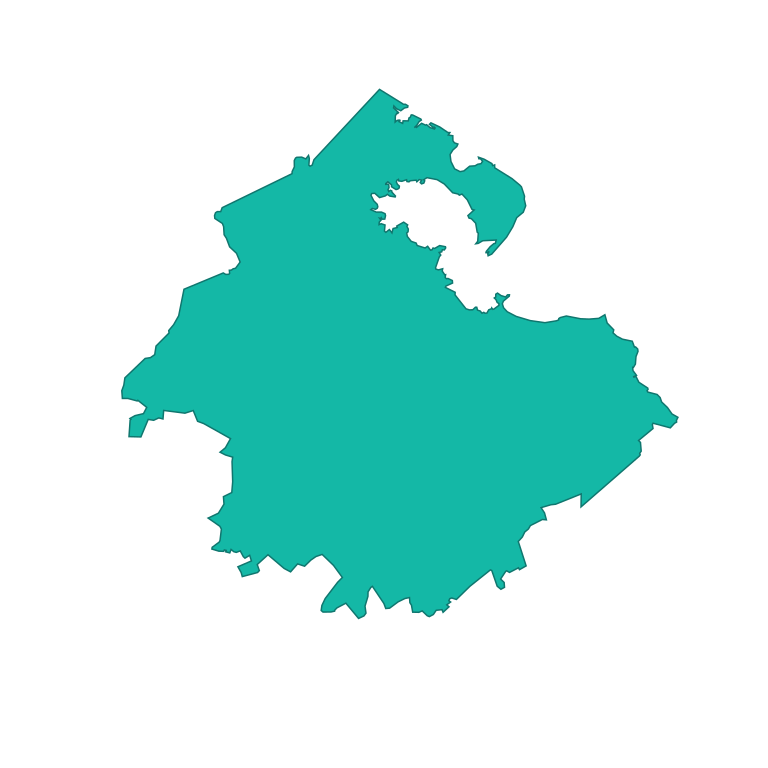 outline of San Antero, Córdoba, Colombia, rotated 43°
{"feature_id": "7082276B13648445071260", "entity_name": "San Antero", "entity_type": "district", "adm_level": 2, "iso_a3": "COL", "parent_name": "Colombia", "parent_adm1": "Córdoba", "projection": "natural_earth1", "projection_center": [-75.777, 9.358], "detail": "fine", "context": "isolated", "style": "filled", "palette": "teal", "viewbox_px": 768, "rotation_deg": 43, "n_neighbors": 0, "source": "geoboundaries", "source_scale": "gbopen_adm2", "svg_char_len": 6170}
<svg xmlns="http://www.w3.org/2000/svg" viewBox="0 0 768 768"><g transform="rotate(43 384 384)"><path d="M411.7,621.5L420.1,608.1L420.1,605.5L414.4,602.5L415.6,588.0L436.8,587.0L443.8,585.1L443.5,574.5L450.2,571.4L450.6,562.7L451.9,556.6L455.0,550.8L470.8,551.1L485.5,553.9L485.3,560.6L487.3,581.0L489.6,588.3L492.5,592.5L494.9,592.4L500.7,586.9L502.8,583.8L502.2,582.8L502.3,579.7L505.6,570.3L525.3,572.8L527.5,567.3L527.1,563.9L521.6,559.4L517.1,550.3L514.1,546.9L513.1,541.8L513.5,539.9L533.6,544.6L538.4,547.0L541.0,544.1L542.9,533.7L545.6,526.6L548.3,522.8L552.1,526.3L554.9,527.0L560.6,531.3L565.2,527.2L566.7,523.9L573.7,524.0L575.8,523.2L577.3,518.9L576.5,513.9L580.3,509.5L582.9,510.7L583.5,502.6L580.5,502.7L581.4,498.0L579.2,498.3L578.5,496.1L579.5,494.3L583.9,492.2L584.8,473.2L588.6,447.4L590.0,446.9L604.7,454.7L609.5,454.4L610.8,450.5L607.2,447.2L602.3,447.1L600.8,438.1L601.1,437.0L604.3,436.2L607.7,426.7L609.7,427.4L612.0,420.1L589.6,407.6L589.5,401.5L587.9,396.3L588.5,391.5L587.6,387.7L592.2,375.1L595.4,372.6L589.3,368.8L583.2,367.3L588.4,358.5L591.5,354.9L603.2,329.9L611.9,339.5L619.9,262.7L619.7,261.1L618.3,260.4L617.9,257.7L611.4,251.8L608.7,251.7L611.1,233.1L607.9,230.6L607.5,229.2L623.3,220.8L623.3,214.5L624.0,212.3L622.7,211.2L621.7,207.9L615.1,209.5L607.4,207.9L599.3,207.8L595.2,205.6L590.9,205.4L582.4,210.0L580.9,209.5L580.8,207.9L579.7,207.1L569.2,208.9L563.0,206.6L562.1,208.5L561.6,208.3L562.8,205.5L556.9,204.4L554.5,202.2L555.1,201.7L554.3,198.0L549.6,192.1L547.5,186.9L545.7,185.4L542.7,185.3L542.0,186.2L536.4,183.4L527.8,188.6L521.6,190.3L516.6,190.4L515.1,187.7L505.6,187.2L498.3,182.7L496.3,189.5L489.7,196.7L483.3,202.2L471.0,209.9L467.6,215.2L467.2,216.9L468.0,218.0L467.0,220.2L459.9,229.4L447.7,237.9L434.6,244.4L424.9,247.1L419.5,246.7L415.8,244.6L414.8,241.9L415.7,234.3L414.9,233.2L413.5,234.6L413.6,237.4L409.3,239.5L405.0,240.1L404.5,242.1L406.4,244.2L406.0,245.9L408.3,245.9L411.2,247.2L413.1,246.8L414.4,248.1L413.3,254.1L412.7,255.2L410.9,254.9L411.3,255.6L410.0,258.3L410.9,262.0L409.4,263.5L408.1,263.5L407.4,265.4L404.6,265.0L402.0,266.2L399.5,264.6L398.5,265.5L398.3,269.2L396.0,271.5L392.7,273.1L375.2,270.4L373.5,268.4L363.0,271.5L362.5,270.1L365.3,263.4L363.4,261.7L358.8,263.2L357.9,264.4L356.1,264.4L354.5,262.0L354.0,262.7L349.6,261.7L348.3,259.7L346.0,263.4L343.5,264.6L342.4,263.8L337.7,253.2L337.6,251.0L334.6,250.2L336.1,248.0L335.1,246.0L336.7,244.8L336.3,242.4L335.3,241.7L330.3,244.8L328.6,250.3L327.1,251.1L327.6,253.1L326.7,254.4L322.0,253.5L321.3,256.5L313.8,260.1L311.4,259.0L306.6,261.1L300.5,260.2L297.6,258.1L297.8,256.3L296.1,254.1L293.2,253.1L292.8,251.5L288.0,252.2L285.6,259.8L287.0,260.5L284.6,264.1L286.8,268.1L282.6,267.4L281.9,271.8L280.1,271.9L276.3,267.0L272.6,268.7L271.7,270.8L270.1,268.8L270.1,266.3L267.7,265.8L268.6,265.3L268.5,264.2L270.2,264.8L272.1,262.9L270.3,259.8L268.6,258.7L264.9,260.0L261.2,263.5L255.5,265.5L255.7,263.6L258.7,262.0L259.2,260.0L258.6,258.6L256.5,257.2L251.6,257.0L245.8,254.9L245.1,253.1L247.2,250.8L253.6,250.7L256.7,245.5L257.1,243.0L260.1,242.6L264.6,239.6L264.2,238.7L259.0,238.3L258.0,237.5L256.5,238.0L256.3,240.0L254.4,239.2L253.7,236.9L251.6,235.1L250.7,235.1L249.1,236.8L248.6,236.2L248.9,233.5L253.6,233.2L255.0,234.6L260.2,233.6L261.2,231.9L261.4,230.3L260.3,228.8L257.6,228.8L255.2,227.8L254.5,226.0L255.0,224.5L256.3,225.4L258.8,223.6L261.2,219.2L262.7,220.3L264.4,219.1L264.6,217.4L268.5,213.0L270.1,213.7L270.3,210.5L272.5,209.2L273.1,212.0L275.0,212.0L276.1,209.9L275.2,207.6L273.7,207.5L274.7,203.8L283.5,198.3L291.7,196.6L303.8,197.3L308.5,194.6L310.3,194.5L311.5,191.9L319.3,192.5L329.3,196.3L331.2,195.3L330.5,203.6L333.0,204.7L335.2,203.5L341.4,203.9L348.6,209.4L350.1,209.4L355.2,215.7L355.5,218.8L357.0,216.9L358.5,211.9L367.9,202.2L369.5,205.2L368.6,206.5L368.0,211.2L368.4,217.3L369.0,218.4L369.9,217.7L370.5,215.3L371.2,218.1L372.7,219.2L374.2,215.5L373.5,193.1L371.0,181.2L367.6,171.8L368.7,163.4L366.1,157.0L360.5,153.2L358.7,150.8L350.1,146.1L347.9,145.9L337.5,146.5L317.5,150.4L315.5,148.3L314.5,150.2L312.6,149.2L303.9,151.3L298.4,153.7L299.8,154.6L301.0,153.5L304.2,153.9L304.7,156.7L302.7,159.3L301.8,162.3L298.1,166.3L297.1,173.7L294.8,176.8L288.9,178.5L281.2,175.6L275.8,171.1L274.8,166.0L275.3,160.7L274.4,158.1L271.0,159.6L268.5,159.1L265.0,155.5L261.2,158.1L260.7,155.2L259.2,156.5L249.5,158.0L240.2,161.0L240.1,163.1L244.6,162.8L245.7,161.8L246.8,161.9L247.0,163.1L242.8,165.1L238.3,165.3L237.9,166.3L233.7,167.7L232.8,174.0L232.0,173.7L231.3,175.8L231.5,172.5L230.7,168.2L231.3,165.5L230.3,165.1L221.5,167.7L220.4,168.6L221.3,171.2L220.8,172.3L222.3,175.0L218.5,178.5L219.9,180.7L216.0,181.9L215.8,180.3L215.1,180.6L213.8,182.3L213.5,184.8L209.4,180.1L208.7,177.2L209.5,176.9L209.5,175.6L202.7,175.6L201.6,173.9L205.4,174.1L209.9,172.7L210.7,168.2L212.6,165.5L211.8,164.2L208.9,164.8L207.6,166.1L179.8,171.6L179.8,267.7L182.2,272.9L181.4,275.1L179.8,275.2L175.6,270.0L172.9,268.3L173.3,272.7L169.1,274.2L165.6,277.7L165.2,279.1L166.0,281.8L170.4,286.4L171.9,291.2L173.3,292.9L145.4,365.4L147.0,369.3L144.5,371.6L144.0,373.7L145.2,376.4L147.4,378.3L156.3,376.8L159.4,378.3L165.3,383.9L169.4,384.9L177.6,389.0L187.0,389.0L195.6,392.9L196.5,400.6L195.1,402.6L194.7,404.8L193.3,406.3L195.7,408.4L195.6,409.7L193.5,411.8L190.7,412.4L173.1,451.1L187.3,474.1L189.7,484.1L190.1,491.7L192.0,493.3L191.4,511.7L196.3,518.9L195.2,524.0L191.9,528.2L190.3,556.2L194.5,562.3L196.8,567.7L202.5,573.0L206.6,569.2L215.1,564.7L215.1,563.8L226.4,562.9L228.3,569.7L223.5,576.9L221.7,582.5L223.0,582.5L223.0,583.6L233.4,596.4L242.3,588.5L235.7,570.7L240.3,567.6L242.4,562.4L246.2,560.3L240.9,553.6L258.3,541.1L262.6,533.5L273.1,538.4L279.1,535.9L309.0,528.6L311.5,538.8L310.6,545.7L316.5,544.0L323.2,540.7L325.8,544.4L340.0,558.7L346.7,567.2L343.4,575.9L348.9,581.0L351.0,591.4L346.8,602.0L361.0,600.0L364.0,601.0L370.8,610.3L371.3,612.0L369.7,620.6L370.7,622.1L377.2,618.9L380.9,615.7L380.4,614.3L382.1,613.3L382.7,614.7L386.4,612.7L385.0,609.3L388.5,609.1L390.8,607.9L392.7,604.1L398.8,606.2L401.1,606.2L402.6,600.9L407.7,603.8L401.8,617.3L408.1,619.3L411.7,621.5Z" fill="#14b8a6" stroke="#0f766e" stroke-width="1.5"/></g></svg>